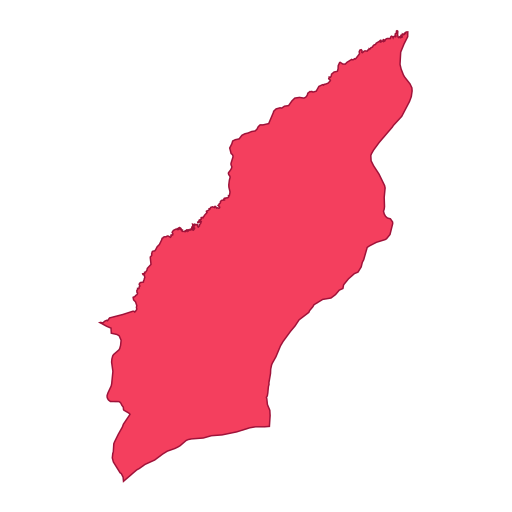 outline of Nambak, Louangphrabang, Laos
{"feature_id": "54806243B57265531802207", "entity_name": "Nambak", "entity_type": "district", "adm_level": 2, "iso_a3": "LAO", "parent_name": "Laos", "parent_adm1": "Louangphrabang", "projection": "albers", "projection_center": [102.383, 20.596], "detail": "fine", "context": "isolated", "style": "filled", "palette": "rose", "viewbox_px": 512, "rotation_deg": 0, "n_neighbors": 0, "source": "geoboundaries", "source_scale": "gbopen_adm2", "svg_char_len": 5995}
<svg xmlns="http://www.w3.org/2000/svg" viewBox="0 0 512 512"><path d="M273.6,112.0L268.7,123.6L263.0,124.9L260.1,124.9L258.3,126.6L256.9,129.3L255.0,131.0L251.7,131.5L248.1,133.0L244.8,133.8L241.9,135.3L239.1,138.9L235.3,139.7L232.7,141.0L231.8,143.9L229.7,148.0L231.1,153.5L232.4,154.6L232.9,155.7L233.0,156.9L231.0,163.4L231.0,164.6L231.8,166.7L231.6,168.1L230.5,170.1L228.5,172.7L228.4,173.6L228.8,174.7L229.9,176.2L230.1,177.5L229.4,180.0L228.8,184.8L228.9,187.1L230.0,191.9L229.9,192.9L229.4,195.4L229.2,195.8L228.5,195.7L228.6,197.0L227.8,197.8L225.9,197.9L225.5,198.5L224.4,198.2L223.7,199.3L224.2,200.0L221.5,200.4L220.4,201.6L220.5,202.3L220.0,203.3L219.1,204.0L218.9,204.9L218.1,205.4L219.7,207.1L219.6,207.7L218.8,208.3L217.5,207.8L216.6,208.1L215.6,206.5L214.8,206.5L214.5,207.5L212.6,206.8L210.7,207.4L210.2,208.5L209.2,208.8L209.6,209.4L207.7,210.7L206.5,211.1L206.4,211.6L207.0,212.6L204.3,215.5L203.9,216.6L203.4,216.9L202.9,217.9L202.2,217.4L201.2,217.6L201.2,219.2L199.6,219.9L200.1,220.5L198.8,220.9L198.5,221.6L197.7,222.1L197.8,222.7L198.3,222.7L199.2,222.1L200.2,222.1L200.8,221.2L201.3,221.4L200.6,223.5L199.4,224.7L199.5,225.9L198.3,227.1L197.8,226.7L197.6,224.9L196.8,224.5L196.2,224.9L194.7,224.1L194.4,224.2L194.1,224.9L192.6,224.2L192.7,224.8L194.4,225.7L194.1,226.1L192.7,225.4L192.7,226.3L192.1,227.0L193.1,227.6L192.7,228.2L192.9,228.4L193.9,227.6L194.5,227.9L194.6,228.6L193.4,230.2L192.7,230.0L191.7,228.2L191.5,229.4L191.3,229.6L190.9,229.0L190.1,229.3L190.2,230.1L189.9,230.2L188.8,229.8L188.4,230.7L187.7,229.9L187.1,229.9L187.5,230.7L187.1,231.4L186.0,230.5L185.3,230.7L185.3,231.6L185.0,231.7L184.5,231.4L182.3,231.4L181.9,230.8L182.3,230.0L180.8,229.7L180.4,229.0L181.1,228.8L180.8,228.3L179.6,227.5L179.1,227.7L179.1,228.6L178.4,228.2L177.7,228.6L178.6,229.3L178.5,229.5L177.7,229.6L177.1,229.0L176.9,229.4L176.0,229.1L173.4,230.4L172.1,232.3L172.9,233.8L172.6,235.0L171.2,234.9L170.9,235.2L171.2,236.2L170.5,237.3L168.3,236.1L167.3,236.0L166.0,236.8L164.4,236.8L163.4,237.2L163.0,237.9L162.1,238.3L161.7,239.8L159.4,244.5L157.2,246.7L155.6,249.8L154.7,250.9L152.9,251.2L152.3,251.6L151.6,253.9L151.8,255.0L151.4,255.9L150.3,257.0L150.3,257.9L151.0,264.4L147.3,268.4L146.9,270.3L145.8,271.9L144.6,272.3L144.8,273.5L142.7,273.8L143.0,274.6L144.3,275.2L144.8,277.5L144.2,279.0L144.2,279.8L143.6,280.7L143.4,282.1L140.5,282.5L139.5,283.4L139.2,284.5L139.9,286.0L139.3,286.7L138.9,288.4L137.6,288.4L137.7,289.3L136.9,290.4L136.9,292.2L137.5,292.8L137.5,293.6L137.0,294.6L135.5,295.6L135.4,296.1L134.4,296.9L133.3,297.1L133.1,297.5L133.6,299.9L135.5,301.8L136.8,305.6L136.4,307.5L136.8,309.0L136.6,309.7L135.2,311.7L134.6,312.0L134.0,311.3L133.0,311.2L122.8,314.5L109.6,317.9L107.5,320.7L106.7,320.3L104.7,321.2L102.9,322.9L100.6,322.4L99.9,322.6L106.7,326.3L111.0,328.1L111.3,333.2L117.0,334.5L119.2,335.8L121.1,340.3L120.6,345.3L119.7,348.6L118.9,349.9L113.6,354.5L112.7,355.9L111.9,359.0L111.6,362.1L112.9,371.4L111.7,383.7L111.2,386.0L108.0,392.8L107.1,395.5L107.1,397.1L107.6,398.6L108.5,400.0L110.4,401.5L118.8,401.6L119.6,401.9L120.8,403.1L121.9,405.3L123.3,407.2L123.5,409.5L124.0,410.3L128.4,412.8L129.6,413.7L130.0,414.4L123.4,424.2L122.4,427.0L118.3,434.3L114.5,442.0L113.8,443.8L113.3,452.0L112.8,453.3L112.3,457.9L113.4,462.0L120.1,472.8L121.3,473.6L123.1,477.2L123.5,481.3L136.7,469.9L139.3,468.5L145.0,464.4L154.7,460.0L162.7,454.0L167.4,451.1L174.8,448.5L177.9,447.0L180.1,445.7L186.1,440.5L188.1,439.6L191.5,438.9L203.3,438.0L211.4,435.7L222.0,434.9L236.6,431.9L249.7,427.8L255.5,426.8L264.4,426.8L269.4,426.4L270.1,415.6L269.8,410.3L267.4,404.5L266.8,398.8L266.4,397.3L267.3,395.9L267.8,392.9L268.4,386.6L269.0,384.4L268.9,382.8L270.5,373.5L270.7,369.1L271.6,364.9L272.3,363.2L275.9,356.8L280.5,345.8L283.1,341.4L290.6,331.2L295.0,326.0L299.1,319.8L308.8,312.4L309.6,310.6L312.8,306.8L314.0,304.7L322.7,299.4L331.0,298.0L335.5,294.6L339.3,290.1L342.9,288.5L343.6,284.8L348.5,278.8L354.4,273.6L358.0,272.1L361.2,266.9L362.3,262.4L363.7,259.7L367.2,247.4L369.6,245.8L376.4,242.3L385.1,239.6L386.5,238.8L390.0,234.5L392.7,223.6L392.6,222.0L390.4,218.8L387.4,218.0L385.5,216.3L384.2,213.9L383.5,211.2L384.2,209.1L384.5,206.6L384.2,197.4L385.1,188.0L384.6,185.6L379.0,174.1L373.6,165.8L371.1,160.8L370.8,155.5L371.5,153.7L373.6,150.0L379.2,142.4L392.3,127.1L393.4,125.4L401.7,116.4L409.5,101.5L411.3,96.6L412.1,91.0L411.9,87.9L410.0,83.9L404.6,77.0L403.4,74.9L401.1,69.0L400.0,64.3L400.7,52.1L404.0,44.0L407.7,36.7L407.8,31.9L406.3,32.0L405.6,32.4L405.6,33.4L405.0,33.0L404.6,33.1L404.3,34.2L403.7,34.1L403.7,34.7L403.2,34.8L402.5,34.2L402.5,34.9L401.3,35.0L400.9,35.3L401.1,35.9L402.2,36.6L402.3,37.0L400.4,37.8L400.0,37.6L400.1,36.6L399.6,36.7L398.7,37.6L398.1,37.1L397.6,34.8L397.8,31.5L397.6,31.0L397.0,30.7L396.5,31.0L396.2,33.5L395.3,33.8L395.1,35.3L396.0,36.1L395.8,36.6L395.3,36.8L394.1,36.4L393.5,36.7L393.1,37.8L392.5,36.6L391.4,36.2L390.7,37.0L390.4,38.5L387.2,38.5L386.2,38.9L385.5,39.5L384.9,40.9L383.8,41.5L383.7,40.7L384.2,40.1L384.0,39.8L383.4,39.6L383.0,40.1L382.9,41.2L381.3,41.3L380.9,42.1L380.4,42.1L380.3,41.6L381.0,40.5L380.8,40.2L380.3,40.4L379.4,41.3L376.2,43.2L375.5,44.5L374.1,44.9L373.1,45.8L372.5,47.1L371.0,47.6L370.3,48.8L369.8,49.0L369.1,48.6L368.7,49.8L368.0,49.9L367.1,51.2L365.5,50.9L364.4,51.0L362.4,52.7L361.8,52.4L362.0,50.6L361.2,49.7L359.9,50.1L359.2,51.7L359.5,53.8L355.8,58.6L355.2,59.0L354.6,58.7L353.3,59.7L352.2,59.8L351.7,59.4L347.0,62.3L345.3,64.1L342.9,64.1L340.1,62.3L339.6,62.6L338.2,65.7L338.1,68.6L337.5,71.1L337.1,71.4L334.1,72.0L331.5,74.2L331.3,75.8L330.4,77.4L329.2,77.0L329.1,77.9L328.7,78.4L328.8,78.9L330.4,80.2L330.4,80.6L328.2,83.1L325.5,84.2L325.0,84.1L323.4,85.1L323.1,84.6L322.3,84.8L318.9,86.4L316.2,91.2L312.9,92.1L311.8,91.4L310.9,91.8L310.0,91.5L307.8,93.2L307.3,95.1L306.5,96.3L305.6,97.3L303.9,98.1L299.5,97.4L294.8,98.1L292.0,100.8L288.6,105.6L284.5,106.2L281.7,108.1L280.1,107.8L276.1,108.9L273.6,111.3L273.6,112.0Z" fill="#f43f5e" stroke="#9f1239" stroke-width="1.5"/></svg>